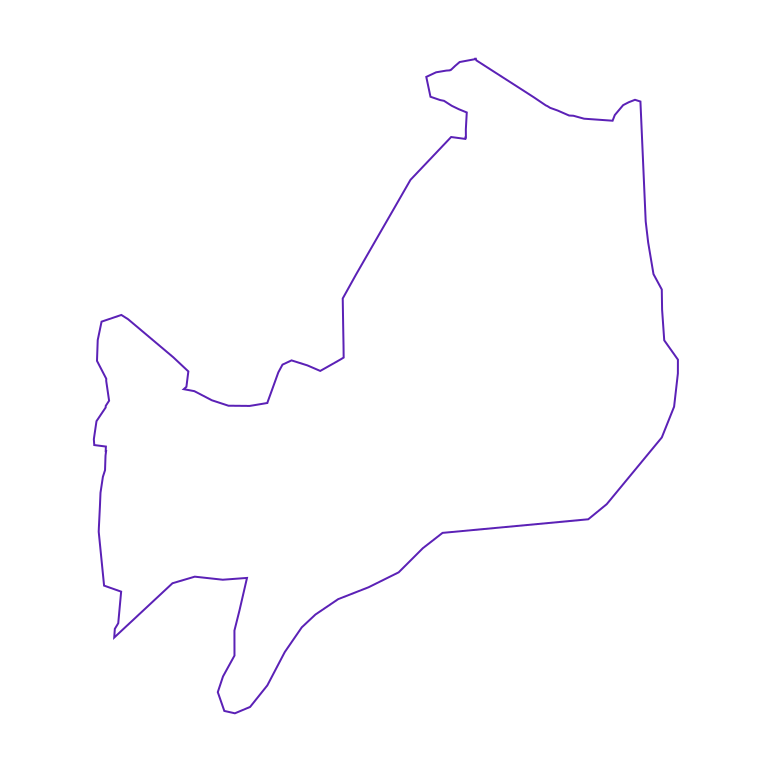 Boldumsaz, Tashauz, Turkmenistan (Equal Earth projection), rotated 86°
{"feature_id": "10190150B19279847457631", "entity_name": "Boldumsaz", "entity_type": "district", "adm_level": 2, "iso_a3": "TKM", "parent_name": "Turkmenistan", "parent_adm1": "Tashauz", "projection": "equal_earth", "projection_center": [59.725, 41.991], "detail": "fine", "context": "isolated", "style": "outline", "palette": "violet", "viewbox_px": 768, "rotation_deg": 86, "n_neighbors": 0, "source": "geoboundaries", "source_scale": "gbopen_adm2", "svg_char_len": 1698}
<svg xmlns="http://www.w3.org/2000/svg" viewBox="0 0 768 768"><g transform="rotate(86 384 384)"><path d="M120.0,120.2L122.5,126.0L131.8,135.0L137.3,137.6L133.3,165.9L129.6,176.4L129.1,180.6L123.3,191.7L120.1,199.0L118.2,201.6L117.4,203.1L108.4,214.6L67.6,269.3L65.9,269.7L65.9,270.4L66.3,270.4L68.1,286.1L71.6,290.8L75.3,295.3L75.3,295.9L75.7,296.4L75.7,300.0L76.7,310.3L80.6,320.4L100.7,317.6L104.7,308.1L105.7,304.4L111.2,297.0L115.1,290.2L118.9,282.5L135.7,284.6L143.9,285.1L143.8,285.6L145.2,285.8L142.3,299.8L181.5,342.6L182.0,343.2L183.3,344.1L208.5,361.0L240.3,382.4L272.9,404.3L295.8,419.2L321.8,420.6L342.9,421.7L354.8,422.4L356.6,425.9L364.1,441.6L366.5,446.7L360.1,459.1L354.0,474.6L357.6,483.9L365.0,488.6L382.7,496.4L393.5,501.2L394.8,501.7L396.1,515.1L396.5,519.6L394.8,540.7L388.2,556.9L377.9,573.7L375.2,584.1L373.0,581.3L357.8,578.3L342.7,592.3L301.5,634.8L296.8,641.2L302.1,661.4L317.7,665.8L320.1,666.5L340.9,668.7L359.4,660.7L361.5,660.9L381.5,659.4L386.4,663.1L388.0,663.3L401.0,673.4L418.8,677.3L424.7,677.3L427.0,665.8L431.5,666.3L431.5,665.9L436.0,666.8L450.5,668.3L457.0,670.9L472.7,674.4L486.9,676.0L507.8,678.5L511.5,678.9L565.6,677.3L572.8,660.7L604.1,665.8L609.5,669.6L618.1,670.8L568.0,608.9L563.0,586.2L568.0,558.5L567.9,534.2L599.6,543.9L619.5,550.4L644.5,552.1L664.5,565.0L679.8,571.3L699.0,566.1L702.1,555.7L696.8,540.1L676.5,521.4L644.5,501.7L621.0,483.0L609.2,468.5L595.4,444.7L585.7,413.6L572.9,382.5L550.5,356.7L536.6,336.0L533.2,189.7L519.4,170.2L456.7,110.6L426.9,96.2L394.0,90.1L380.2,89.1L360.0,101.4L329.3,101.4L309.1,100.3L293.2,107.5L261.3,110.6L240.1,111.6L120.1,108.5L118.0,113.8L120.0,120.2Z" fill="none" stroke="#5b21b6" stroke-width="2"/></g></svg>